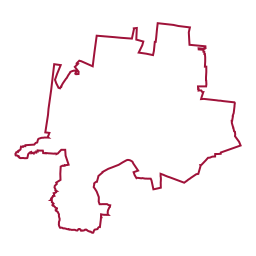 Romita, Guanajuato, Mexico
{"feature_id": "50627088B33235829634906", "entity_name": "Romita", "entity_type": "district", "adm_level": 2, "iso_a3": "MEX", "parent_name": "Mexico", "parent_adm1": "Guanajuato", "projection": "mercator", "projection_center": [-101.614, 20.816], "detail": "fine", "context": "isolated", "style": "outline", "palette": "rose", "viewbox_px": 256, "rotation_deg": 0, "n_neighbors": 0, "source": "geoboundaries", "source_scale": "gbopen_adm2", "svg_char_len": 5486}
<svg xmlns="http://www.w3.org/2000/svg" viewBox="0 0 256 256"><path d="M25.4,145.2L25.3,146.2L23.1,146.2L22.9,146.9L21.0,146.6L20.8,147.7L20.7,148.5L20.5,149.4L20.1,149.8L19.4,150.4L19.3,150.5L18.8,150.5L18.5,151.2L18.2,151.7L17.8,151.3L16.7,152.4L16.3,152.3L15.4,153.9L15.6,155.2L15.7,155.4L16.8,155.4L16.9,155.6L18.2,156.0L18.0,156.3L18.7,157.0L19.3,157.1L19.5,157.8L20.4,158.1L23.3,158.0L24.4,158.2L26.0,158.2L27.1,158.1L27.3,158.0L27.5,157.4L28.1,154.6L28.2,154.2L28.9,153.4L30.0,152.4L31.1,152.0L31.2,153.3L31.8,153.2L32.4,152.8L33.8,153.6L34.4,152.4L36.2,152.6L36.2,151.5L37.7,151.6L37.7,150.4L39.5,150.6L42.8,150.6L43.1,152.0L43.2,153.1L45.8,153.3L45.8,153.0L47.8,153.2L48.5,153.3L50.5,153.4L54.2,153.7L54.7,153.5L56.3,153.6L56.4,154.1L58.1,153.3L58.5,152.7L60.1,151.0L61.3,149.8L65.2,149.8L65.6,155.7L68.6,164.7L67.3,165.0L67.0,165.0L65.4,165.2L64.9,165.1L64.9,165.3L64.8,165.7L63.3,165.7L63.3,165.8L62.5,165.7L60.7,166.6L60.3,173.8L60.5,179.9L56.2,182.6L56.8,183.9L54.8,185.8L54.5,187.5L55.5,189.3L55.3,190.2L56.7,191.1L56.2,191.2L56.3,191.7L56.2,192.2L55.5,192.3L54.9,193.0L53.7,193.2L53.9,193.9L54.4,195.9L53.0,196.0L53.0,196.4L52.8,196.4L52.3,197.3L52.1,197.3L51.8,197.8L51.9,198.1L51.6,198.3L51.3,198.3L51.0,198.9L51.1,199.4L51.3,199.5L51.2,199.7L50.8,200.0L51.1,200.0L51.8,199.8L51.9,202.3L52.7,202.6L52.8,202.7L52.8,203.0L53.1,203.6L53.4,203.7L53.2,204.0L52.9,204.3L52.8,204.7L52.4,205.1L52.9,205.7L53.6,205.5L54.1,206.3L55.0,207.0L55.3,207.6L57.0,208.3L57.0,208.5L56.6,208.8L56.3,209.3L56.5,209.6L56.5,209.8L56.1,210.1L55.7,210.1L55.7,210.3L55.7,210.5L56.9,211.4L57.7,211.8L57.8,211.9L58.2,213.0L58.6,213.5L59.0,214.5L58.9,215.3L58.9,216.0L59.3,217.8L59.6,218.5L59.6,219.8L59.5,220.6L59.1,221.4L58.9,222.3L59.0,223.0L58.8,224.2L59.1,225.8L60.0,227.7L60.7,227.8L61.1,227.7L61.9,227.7L62.4,227.9L63.2,228.4L63.4,228.4L64.0,228.3L64.4,228.4L64.7,228.4L65.0,228.5L65.9,228.7L67.3,229.2L68.1,229.2L68.4,229.0L68.7,229.0L68.8,229.1L69.2,229.7L69.5,229.7L70.1,229.5L71.7,229.9L74.3,229.8L75.1,229.9L75.8,230.3L77.0,230.5L77.3,230.5L77.5,230.4L78.0,229.7L78.4,229.2L78.9,229.0L79.2,229.0L79.6,229.0L80.2,229.3L80.3,229.4L80.5,230.0L80.8,230.6L81.6,230.7L81.7,230.4L81.8,230.4L82.1,230.5L82.8,230.5L83.0,230.6L83.5,230.5L84.5,230.2L84.8,229.8L85.1,229.8L85.5,229.6L86.1,229.6L86.2,229.8L86.9,230.0L87.2,230.4L87.6,230.6L87.8,230.8L89.1,231.4L89.6,231.4L90.0,231.7L90.4,231.6L90.6,231.6L90.9,231.8L91.2,232.1L91.5,232.3L91.6,232.5L92.8,232.8L93.2,232.7L93.3,232.6L93.9,230.8L94.1,230.5L94.6,229.7L95.4,229.5L97.4,229.1L97.7,228.8L98.0,228.1L98.4,227.5L98.8,227.2L99.4,226.9L99.9,227.0L100.8,219.9L101.0,217.2L101.4,217.2L101.0,216.2L101.1,214.3L102.9,214.7L104.6,214.8L108.4,214.9L107.6,214.1L107.8,212.8L107.7,212.5L107.7,211.8L108.0,210.3L109.3,207.5L109.8,207.2L110.0,206.4L110.2,205.3L108.6,205.1L107.0,204.1L99.6,204.2L98.7,201.6L98.8,199.0L98.8,197.1L96.7,191.6L94.9,188.7L93.7,187.1L94.2,184.6L94.1,183.8L94.4,183.1L95.2,182.5L96.2,181.8L96.9,181.8L98.1,177.5L98.4,176.0L102.6,172.4L102.5,172.0L108.3,168.8L111.8,167.5L118.7,164.8L122.6,162.4L126.6,160.2L127.8,159.9L128.9,160.0L130.3,160.4L131.9,161.3L132.5,161.8L133.3,163.5L138.1,170.6L133.6,172.2L134.7,175.2L136.4,178.0L136.5,177.9L138.2,177.9L141.1,178.3L141.4,178.3L142.3,178.1L145.1,178.6L150.7,178.7L151.5,180.4L153.4,189.3L154.6,189.1L160.8,187.7L160.7,182.1L160.8,181.4L160.9,179.2L160.8,177.3L160.6,176.4L160.6,173.8L163.9,175.0L164.4,175.3L167.6,176.6L170.0,177.4L184.2,182.7L187.4,180.4L187.9,179.9L188.4,179.6L189.7,178.7L190.1,178.5L191.2,177.6L192.0,177.1L196.3,174.2L198.3,173.9L200.6,165.8L200.3,165.1L201.2,165.0L201.4,164.9L205.9,160.2L208.0,157.8L210.0,157.6L211.6,156.9L212.6,156.6L215.1,156.5L215.2,154.0L217.9,154.0L220.7,153.8L220.8,152.5L240.6,145.5L239.1,141.8L235.0,136.2L235.2,134.2L234.9,131.7L234.1,131.3L233.7,129.4L233.3,127.6L233.1,127.6L233.1,127.3L231.9,123.2L231.7,120.9L232.1,120.9L232.9,116.4L232.7,116.3L232.7,115.9L233.7,113.0L234.5,106.3L234.5,105.6L234.9,102.6L234.9,102.4L235.1,102.3L234.0,102.3L223.2,101.1L220.6,100.7L218.5,100.6L216.6,100.3L203.9,98.9L201.1,99.1L201.6,97.2L203.3,92.1L202.4,92.2L201.3,90.5L198.9,90.4L198.6,90.5L198.6,89.1L198.1,89.1L198.0,86.4L206.1,86.4L206.4,84.3L206.2,80.5L206.0,80.4L206.0,80.1L206.0,77.4L206.3,72.1L206.3,66.7L204.9,66.7L205.2,61.5L205.2,57.2L204.9,54.0L204.4,54.0L204.3,51.8L203.4,51.7L203.4,49.8L198.7,49.4L198.6,48.3L204.5,48.8L204.5,47.8L205.5,47.9L205.4,46.3L189.5,44.8L188.8,32.3L189.9,27.4L178.4,26.0L173.3,24.9L157.7,23.2L157.0,29.2L156.2,37.6L155.7,41.9L154.8,41.9L153.9,50.9L153.0,55.1L146.3,53.7L138.7,52.6L142.3,45.2L143.3,41.5L136.3,39.6L136.8,28.0L133.4,28.4L133.1,28.6L134.1,28.5L131.9,38.6L121.1,37.8L114.8,37.2L96.7,35.7L94.6,51.1L93.9,56.6L92.7,66.3L81.0,61.1L80.7,61.1L79.3,60.7L77.0,63.0L77.6,63.2L77.6,63.7L77.4,63.9L77.8,64.0L76.7,65.1L74.8,66.9L78.6,71.7L78.5,74.0L76.0,74.2L75.3,73.7L75.9,72.5L75.7,72.0L75.9,71.4L76.0,71.4L75.5,70.6L74.1,70.6L73.5,70.7L73.1,70.9L72.5,71.0L70.4,71.9L69.9,72.7L69.9,72.9L68.2,75.3L68.1,75.5L66.6,78.2L66.1,78.6L65.7,79.2L64.3,81.2L62.8,83.4L61.8,85.2L61.8,85.3L61.3,86.8L60.9,86.6L60.0,88.3L59.2,88.0L58.5,87.8L57.4,85.5L56.3,83.4L55.0,79.8L57.2,73.6L60.7,65.1L54.2,64.2L51.2,89.7L48.5,108.9L48.0,114.9L45.3,132.4L49.4,132.9L48.3,135.9L48.2,135.9L47.8,137.1L48.4,137.6L47.0,137.5L44.7,137.5L44.3,137.5L43.7,137.7L41.5,137.8L38.8,138.7L38.4,138.9L38.1,139.4L37.7,140.5L37.4,141.8L37.2,142.5L35.7,142.9L34.2,144.6L25.4,145.2Z" fill="none" stroke="#9f1239" stroke-width="2"/></svg>